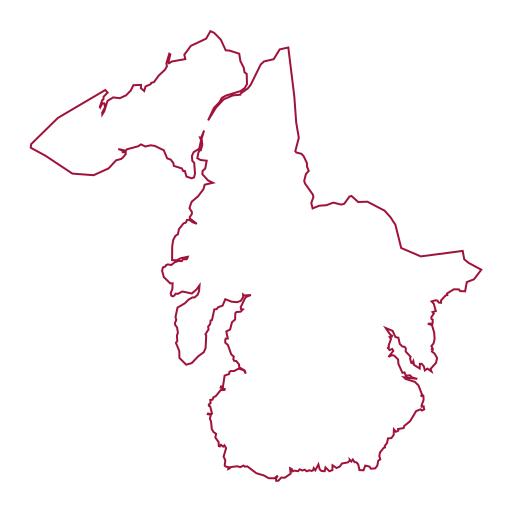 Tomil, Yap, Federated States of Micronesia (orthographic projection)
{"feature_id": "79324940B66206681775054", "entity_name": "Tomil", "entity_type": "district", "adm_level": 2, "iso_a3": "FSM", "parent_name": "Federated States of Micronesia", "parent_adm1": "Yap", "projection": "orthographic", "projection_center": [138.15, 9.542], "detail": "fine", "context": "isolated", "style": "outline", "palette": "rose", "viewbox_px": 512, "rotation_deg": 0, "n_neighbors": 0, "source": "geoboundaries", "source_scale": "gbopen_adm2", "svg_char_len": 6051}
<svg xmlns="http://www.w3.org/2000/svg" viewBox="0 0 512 512"><path d="M288.3,47.5L279.7,49.4L273.7,59.2L264.1,61.4L260.7,64.5L250.7,84.8L247.8,88.5L240.9,93.3L240.3,94.7L232.9,95.4L223.7,99.3L216.0,107.6L208.1,120.4L213.9,108.0L219.6,102.0L221.8,97.9L225.9,95.6L240.5,91.1L244.7,88.1L247.0,84.1L246.7,73.9L244.5,72.2L243.7,67.6L240.4,61.1L239.2,53.7L229.6,50.6L225.7,50.3L220.8,39.6L214.1,32.8L210.4,31.2L206.2,38.6L190.9,45.8L184.3,54.7L185.3,59.1L171.8,61.5L168.9,63.3L168.3,62.6L170.3,54.4L169.3,53.7L166.4,63.2L166.9,66.4L164.9,69.8L158.6,75.7L154.0,82.1L151.3,82.8L150.6,84.2L145.5,86.5L144.2,91.0L140.9,88.2L141.0,84.9L133.4,85.2L130.7,90.6L126.1,95.3L119.8,98.2L113.2,97.4L107.5,100.9L104.3,111.2L102.3,114.4L102.2,112.6L105.0,107.3L104.3,103.3L102.4,103.3L100.2,107.5L99.8,106.9L102.3,100.0L103.4,99.5L103.6,96.7L107.6,92.6L105.3,90.0L57.9,117.9L31.2,144.1L30.7,147.7L45.4,155.7L72.4,173.6L93.6,175.2L108.6,168.4L116.1,160.3L121.3,158.9L123.2,157.2L125.7,154.1L125.7,152.3L122.7,152.2L122.7,150.7L118.3,149.0L125.8,150.7L126.9,149.3L138.1,146.3L141.0,144.4L145.3,146.5L150.6,145.3L154.8,145.9L163.8,150.3L167.2,158.4L170.7,159.6L173.4,163.1L173.8,165.9L181.8,168.4L183.3,171.1L184.8,170.9L186.5,176.6L191.7,178.3L194.1,177.3L195.0,173.6L194.2,162.8L192.3,160.8L191.9,155.9L193.7,152.1L199.2,148.7L201.1,140.1L200.0,137.5L201.2,137.7L204.1,130.5L201.6,138.7L202.3,144.6L200.8,150.3L199.4,150.5L198.4,152.7L197.3,158.2L200.6,160.0L206.7,160.7L205.2,168.6L202.6,170.9L202.4,174.2L208.0,180.4L212.9,182.8L204.7,184.7L203.5,189.1L198.0,196.4L191.8,201.6L190.1,205.9L189.5,208.3L191.9,212.0L191.8,214.1L189.7,217.2L190.0,218.6L196.8,223.8L192.5,222.2L189.3,219.8L186.9,220.0L186.0,222.5L183.4,223.5L178.9,229.2L178.0,234.1L175.3,236.0L173.2,240.0L172.2,246.3L172.1,260.1L176.6,260.3L180.8,258.2L187.8,256.8L187.3,258.2L186.5,259.3L183.1,259.2L181.8,261.1L178.5,260.9L174.6,262.3L171.3,265.0L167.8,264.4L165.8,265.4L165.4,266.5L162.9,267.4L162.1,270.7L163.8,277.1L170.2,283.3L172.6,283.3L172.4,288.9L170.7,293.1L171.2,295.5L172.4,296.3L174.1,295.8L175.8,293.6L177.7,293.9L182.4,291.5L191.8,293.5L196.5,289.5L199.5,285.4L199.1,290.8L197.7,294.7L194.6,297.4L192.3,297.5L188.7,299.5L184.9,303.3L177.5,307.6L175.5,317.0L176.3,320.0L175.0,322.7L175.1,324.8L177.1,327.5L177.9,332.9L176.9,335.5L177.3,341.0L175.9,342.8L179.3,351.1L179.4,357.9L186.2,364.7L191.7,363.1L198.2,356.3L203.8,352.2L205.6,348.0L206.2,335.5L205.4,334.3L208.6,329.3L208.1,326.7L210.2,324.0L210.6,320.5L212.0,320.0L214.3,309.4L216.5,309.2L218.2,307.2L222.6,305.6L225.3,299.2L231.7,301.7L237.0,302.2L240.8,300.9L243.2,297.1L243.1,294.5L244.4,295.5L250.9,295.0L246.0,297.0L244.9,298.5L240.7,307.2L240.9,308.9L242.9,309.4L240.6,311.7L236.5,312.0L235.3,313.2L235.1,319.5L232.0,322.2L230.1,329.5L226.3,331.5L227.8,338.5L225.7,338.6L225.2,340.2L225.3,342.7L228.0,345.1L231.2,354.3L233.8,356.6L233.3,359.0L234.1,360.8L236.3,361.1L239.0,364.4L239.3,367.3L244.7,370.5L245.8,373.6L244.0,370.3L238.6,368.6L234.2,371.0L230.7,371.1L229.5,371.8L229.1,374.0L224.6,375.6L222.9,386.9L221.1,386.4L220.6,387.6L224.8,389.2L224.5,389.9L220.7,390.1L215.8,396.1L213.4,397.3L212.5,399.7L210.3,399.9L210.6,403.1L208.8,404.5L208.9,405.8L210.2,406.4L212.0,413.6L211.4,414.3L208.1,413.5L207.8,414.2L210.9,414.6L209.9,418.6L211.1,421.9L211.8,429.2L213.6,432.1L216.1,433.8L215.3,437.5L218.6,442.1L218.8,446.1L219.9,446.4L221.0,444.8L223.1,446.6L224.4,445.3L226.1,448.1L223.6,456.7L225.3,460.2L224.7,465.6L225.5,466.5L228.7,467.2L228.3,469.0L229.8,468.3L229.8,467.3L232.7,466.8L237.4,466.3L240.3,467.1L243.5,465.6L244.8,466.6L247.4,466.4L256.3,473.2L264.0,475.5L268.7,478.2L274.3,478.3L277.7,475.6L276.0,478.8L276.2,480.8L278.4,480.7L281.2,477.6L284.8,477.7L290.6,473.7L290.1,468.2L291.7,469.0L292.5,471.4L294.1,470.6L298.1,471.2L299.7,469.3L302.2,470.5L304.8,469.7L306.8,471.3L309.3,470.3L311.6,470.9L313.0,470.4L313.7,468.1L315.3,470.3L318.4,464.4L319.7,469.4L321.5,471.0L324.7,471.2L325.5,467.4L329.4,471.2L332.4,470.1L332.5,465.3L336.6,468.0L339.9,466.5L341.9,463.5L347.8,462.4L349.8,460.7L349.7,459.7L351.3,461.5L352.8,459.5L354.5,462.1L356.5,462.4L358.2,464.4L359.5,470.1L363.5,470.3L365.3,465.6L369.5,466.6L370.9,468.7L375.1,468.4L377.2,465.9L378.3,460.7L380.3,459.3L379.3,456.1L380.0,452.5L383.5,448.0L385.0,447.4L384.7,446.1L387.0,443.0L388.0,438.4L391.4,438.1L393.7,434.9L393.9,429.4L396.0,431.8L398.3,430.6L398.1,429.0L403.6,428.1L404.3,425.9L410.1,421.2L416.1,411.1L420.6,409.3L421.8,410.5L424.2,409.4L423.6,406.3L421.7,406.7L421.5,405.6L423.6,399.9L423.4,395.9L422.7,395.2L420.9,396.5L422.0,394.5L418.5,385.5L414.9,381.9L405.7,379.0L403.9,377.3L417.3,378.9L411.9,377.4L410.0,375.3L405.8,375.7L404.5,372.4L402.4,372.8L398.4,363.8L398.1,359.5L394.3,355.7L392.0,355.1L388.5,356.9L393.3,350.9L392.2,349.0L389.5,350.0L387.9,347.9L388.9,347.1L388.6,345.6L391.0,339.0L389.7,337.1L391.8,336.7L392.1,335.7L390.5,335.0L385.7,328.0L392.6,330.9L395.5,337.1L398.4,337.7L399.8,344.0L402.4,346.5L404.6,346.8L405.8,348.3L405.7,351.5L410.6,356.8L410.1,358.5L411.2,362.7L412.2,363.2L413.3,361.1L414.0,364.9L419.7,368.5L419.9,363.8L421.8,363.9L423.9,366.5L424.8,370.4L427.4,368.6L431.5,371.5L430.6,368.9L436.0,362.8L437.1,358.0L434.5,353.5L431.9,351.5L432.9,349.3L431.8,349.0L432.3,347.5L431.4,346.1L433.5,343.5L434.6,339.1L434.2,332.7L432.0,325.2L427.8,323.7L432.5,323.7L432.8,319.8L431.5,319.0L431.3,317.2L433.8,313.6L432.5,312.1L435.8,311.0L433.8,303.8L431.6,301.4L435.7,300.3L437.4,300.6L438.7,302.5L441.0,302.8L441.1,300.3L445.7,295.4L447.3,295.1L447.0,293.5L453.8,289.3L458.9,289.4L460.2,291.1L465.1,291.3L466.8,282.1L474.0,279.3L481.3,269.7L468.6,262.9L464.2,259.2L462.7,250.9L420.8,256.4L401.2,248.0L395.4,224.8L390.4,217.1L384.5,210.6L367.4,201.7L358.2,202.0L351.5,196.0L349.5,196.5L344.2,203.8L341.1,204.6L333.3,202.6L326.5,205.2L319.3,205.7L312.6,208.4L311.3,203.1L313.4,197.0L312.9,194.7L305.0,183.5L304.2,180.8L305.9,174.1L308.7,170.9L307.0,166.6L306.9,163.0L303.6,156.1L301.4,153.8L296.3,152.5L295.3,151.2L298.8,137.8L296.2,122.5L294.3,96.3L288.3,47.5Z" fill="none" stroke="#9f1239" stroke-width="2"/></svg>